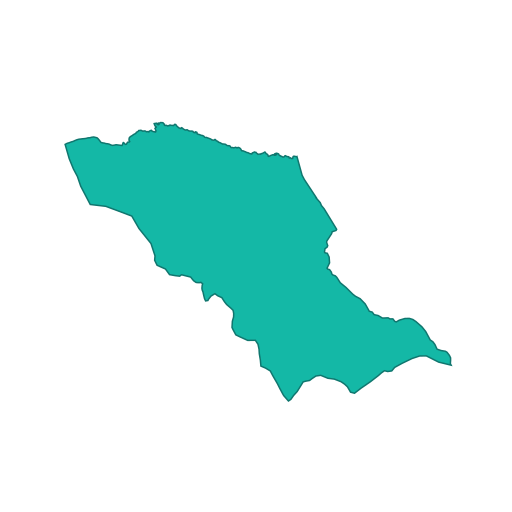 Ngaoundaye, Ouham-Pendé, Central African Republic, rotated 60°
{"feature_id": "33826404B95792566341641", "entity_name": "Ngaoundaye", "entity_type": "district", "adm_level": 2, "iso_a3": "CAF", "parent_name": "Central African Republic", "parent_adm1": "Ouham-Pendé", "projection": "albers", "projection_center": [15.477, 7.286], "detail": "fine", "context": "isolated", "style": "filled", "palette": "teal", "viewbox_px": 512, "rotation_deg": 60, "n_neighbors": 0, "source": "geoboundaries", "source_scale": "gbopen_adm2", "svg_char_len": 5909}
<svg xmlns="http://www.w3.org/2000/svg" viewBox="0 0 512 512"><g transform="rotate(60 256 256)"><path d="M228.9,340.2L232.6,335.8L235.3,332.2L235.0,329.9L238.5,326.3L241.6,323.1L243.8,322.8L246.2,322.4L248.8,321.2L249.6,320.3L251.2,317.6L251.2,316.9L253.4,316.1L254.4,317.2L256.8,318.9L258.5,319.6L260.7,319.9L263.4,320.8L267.2,321.9L269.7,322.1L270.5,319.9L269.8,318.9L269.0,317.0L268.2,315.0L268.1,310.4L271.2,309.1L275.0,306.4L279.7,306.2L283.3,305.7L288.4,303.9L291.6,303.0L294.7,304.1L297.6,305.9L300.7,309.1L305.9,312.5L308.1,312.7L314.2,312.9L318.2,310.2L324.9,305.4L328.7,298.7L333.4,298.4L338.3,300.0L342.3,302.0L348.4,304.3L353.8,306.8L357.8,303.8L362.7,301.1L368.1,301.3L377.5,301.3L382.4,301.6L388.9,301.8L390.8,301.8L397.8,300.4L397.6,297.5L395.6,293.2L394.0,288.2L391.5,283.5L388.6,278.1L389.3,275.4L390.6,271.8L390.2,268.8L389.9,264.1L391.7,259.6L397.8,254.9L401.8,249.7L407.4,245.2L411.4,243.3L415.0,242.2L421.2,242.2L424.1,239.3L423.0,231.2L422.1,219.9L420.7,209.6L419.9,205.7L419.6,202.1L421.9,199.7L423.4,195.9L421.8,191.6L422.0,182.9L422.8,172.1L424.4,164.3L427.7,158.4L439.2,150.9L448.1,141.6L446.4,141.5L443.9,139.8L441.5,138.4L438.7,138.2L434.9,138.7L433.2,139.6L430.4,143.0L427.2,145.8L422.1,145.3L418.7,145.7L415.8,147.1L406.3,146.8L400.4,147.7L392.7,150.3L389.4,151.9L386.8,154.3L384.6,158.2L383.2,164.0L383.2,167.5L382.0,168.5L378.9,168.9L377.5,171.4L375.6,172.5L373.0,177.5L368.6,180.0L365.9,183.0L362.7,183.4L360.5,185.5L352.1,185.4L345.0,187.2L340.6,190.0L337.4,191.3L328.2,193.8L321.3,196.4L314.9,196.7L312.9,197.2L310.7,199.0L309.3,199.3L307.7,198.8L304.6,199.1L303.3,200.4L302.1,200.6L298.7,195.7L293.5,193.2L289.3,192.9L287.8,194.6L286.8,194.7L284.2,192.6L283.9,190.0L282.9,188.7L279.7,188.1L278.5,187.3L274.5,179.4L273.1,177.9L273.9,173.9L273.2,172.8L249.2,173.4L245.0,174.1L242.0,173.7L235.8,174.9L235.8,174.6L214.0,175.9L209.1,175.7L190.3,170.8L190.3,171.2L190.1,171.5L189.6,172.0L188.7,173.0L188.5,173.4L188.4,173.6L188.4,173.9L188.5,174.2L188.9,174.6L189.2,174.9L189.6,175.1L189.7,175.4L189.8,175.6L189.7,175.8L189.4,176.4L189.1,176.7L188.6,176.9L188.1,177.2L188.1,177.4L188.0,177.8L187.8,178.1L187.7,178.2L186.7,178.0L186.4,178.0L185.9,178.7L185.3,179.5L185.1,179.7L184.2,180.1L183.8,180.4L183.7,180.9L184.2,182.3L183.6,183.4L182.4,184.0L182.2,184.5L181.1,184.9L180.8,185.3L180.2,185.5L178.9,185.4L177.4,186.6L177.1,187.2L176.9,188.8L177.2,188.9L177.6,188.7L177.6,187.7L177.8,187.4L178.2,187.4L178.4,187.6L178.4,188.9L177.9,189.7L177.0,190.3L176.7,190.8L176.5,192.0L176.3,193.1L176.2,194.6L176.0,195.3L175.5,195.5L174.8,195.2L174.3,195.2L173.4,195.4L172.4,196.1L171.0,196.1L170.4,196.3L170.4,198.3L170.2,199.9L170.1,200.3L169.9,200.4L169.9,200.5L170.1,201.2L169.9,201.5L169.4,202.2L169.2,202.6L169.0,203.3L168.9,203.5L168.0,203.7L167.7,203.9L167.2,204.1L166.2,204.2L165.8,204.8L165.1,205.4L165.1,206.4L164.9,207.6L165.0,207.9L165.4,208.2L165.4,208.8L165.1,209.1L164.3,210.1L163.4,210.7L162.5,211.3L161.7,212.3L160.8,212.8L158.4,214.7L158.2,215.1L157.6,215.8L156.9,215.8L156.0,215.7L154.8,215.9L153.6,216.6L153.0,217.2L153.0,217.8L152.9,218.4L151.7,219.2L151.2,221.2L150.3,222.1L149.9,223.0L149.3,223.5L148.2,223.4L147.4,223.8L147.1,224.0L146.5,225.1L145.6,226.0L144.1,226.5L143.0,227.8L142.3,229.0L141.6,229.4L140.4,230.2L140.0,230.4L139.5,230.8L138.6,231.7L138.1,231.6L137.2,232.0L136.4,232.8L135.7,232.8L134.7,233.1L134.5,233.4L134.7,234.2L134.6,234.7L133.3,236.2L132.7,236.4L131.8,236.9L131.0,237.6L130.2,238.2L129.5,238.9L128.6,239.5L128.2,240.3L127.5,241.1L126.0,241.3L124.7,242.3L124.1,243.1L122.4,244.4L121.8,245.1L121.5,245.3L121.0,245.8L120.8,245.8L120.6,245.8L119.6,245.4L119.3,245.4L118.3,246.2L118.3,246.3L118.2,246.5L118.3,246.6L118.5,246.8L118.8,246.9L118.8,247.0L118.4,247.6L118.0,247.9L117.9,248.1L117.6,248.3L116.6,248.3L116.4,248.4L115.9,248.9L115.7,249.1L115.3,250.0L114.9,250.5L114.2,251.4L113.8,251.7L113.6,251.9L113.0,252.1L112.4,252.4L112.2,252.7L112.0,253.1L111.8,253.9L111.6,254.1L111.3,254.4L110.0,255.3L108.5,255.8L107.7,256.2L107.7,256.8L108.0,257.2L107.6,257.8L107.2,258.0L106.7,258.6L105.7,259.0L103.5,259.7L102.2,259.7L101.8,259.9L101.3,260.8L101.7,261.8L101.7,262.5L100.9,263.3L100.3,264.5L99.8,264.7L99.5,265.3L99.7,265.9L99.4,266.4L99.3,267.4L98.0,268.3L97.6,269.3L97.2,269.8L96.6,269.8L96.1,269.4L95.2,269.8L94.4,269.8L93.4,270.7L93.2,271.3L92.7,271.9L92.7,273.2L92.2,273.8L92.1,274.4L92.4,274.9L92.7,274.9L93.3,274.0L93.5,274.1L93.6,274.6L93.5,274.9L93.1,275.4L92.4,275.7L91.5,275.6L91.2,275.8L90.9,276.8L90.6,277.2L90.6,277.8L90.5,278.0L91.8,278.3L93.5,278.3L94.4,277.9L94.7,278.2L94.6,278.8L94.8,279.2L95.0,279.7L95.8,279.7L96.5,279.9L97.4,279.9L97.7,280.3L98.3,280.7L98.4,281.0L98.1,281.5L97.3,282.1L97.1,282.6L96.6,283.1L95.9,283.4L95.7,283.7L95.3,283.7L94.8,283.8L94.6,284.7L94.6,285.8L95.0,286.7L94.7,287.1L94.3,287.2L93.6,288.8L92.4,289.4L92.0,289.9L91.6,290.7L91.5,291.2L91.3,291.6L90.9,291.9L90.4,292.2L89.9,292.5L89.6,292.9L89.4,293.1L89.4,293.5L89.3,293.8L88.8,294.4L88.7,294.9L88.8,295.1L89.0,295.4L89.2,296.2L89.1,296.9L89.1,297.3L89.1,297.8L89.5,298.3L89.6,298.9L89.7,299.9L89.6,300.7L89.6,301.6L89.7,302.0L89.7,302.4L89.8,302.9L89.8,303.5L89.8,305.0L90.0,305.9L90.4,306.8L91.3,307.5L92.3,308.1L93.2,308.1L93.8,308.2L93.9,308.6L93.8,309.1L93.3,310.2L93.3,310.5L94.4,312.3L94.2,312.8L94.0,313.3L92.6,313.8L91.9,313.8L91.5,314.0L91.4,314.3L91.6,314.6L92.6,315.7L93.3,316.8L89.7,321.5L89.1,323.4L88.4,325.1L87.2,326.2L85.7,327.2L84.6,328.4L83.6,329.8L82.3,331.0L81.3,332.3L80.1,333.5L78.0,333.7L75.6,334.1L74.1,334.6L71.8,337.0L71.0,338.9L70.5,340.8L69.7,342.4L69.2,344.3L68.5,346.0L67.7,347.7L67.0,349.4L66.3,351.0L65.8,352.9L65.5,355.0L65.3,357.2L64.8,359.1L64.5,361.2L64.0,363.1L63.9,365.5L78.3,369.1L89.3,370.6L97.8,370.9L107.9,372.9L128.5,373.8L137.9,361.2L159.3,343.6L173.7,343.6L192.7,340.7L205.4,343.4L209.0,345.9L214.6,346.3L222.0,340.9L228.9,340.2Z" fill="#14b8a6" stroke="#0f766e" stroke-width="1.5"/></g></svg>